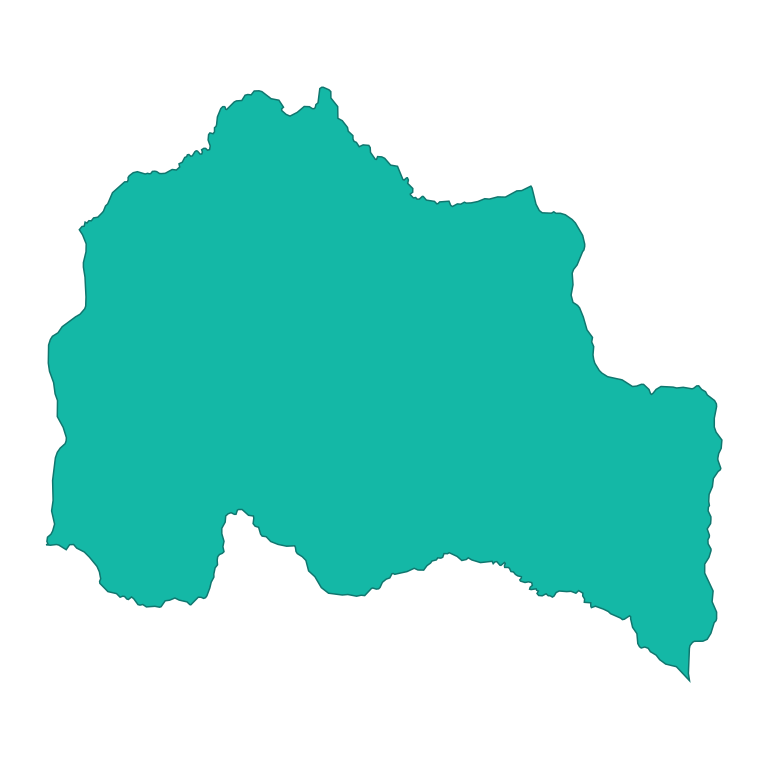 Pácora, Caldas, Colombia (Robinson projection)
{"feature_id": "7082276B78665343411960", "entity_name": "Pácora", "entity_type": "district", "adm_level": 2, "iso_a3": "COL", "parent_name": "Colombia", "parent_adm1": "Caldas", "projection": "robinson", "projection_center": [-75.464, 5.501], "detail": "fine", "context": "isolated", "style": "filled", "palette": "teal", "viewbox_px": 768, "rotation_deg": 0, "n_neighbors": 0, "source": "geoboundaries", "source_scale": "gbopen_adm2", "svg_char_len": 6057}
<svg xmlns="http://www.w3.org/2000/svg" viewBox="0 0 768 768"><path d="M79.3,229.7L82.6,234.9L86.2,243.9L86.0,251.8L83.4,262.6L83.4,267.1L85.0,277.1L86.0,297.0L85.7,306.1L84.7,308.8L80.1,314.2L75.7,316.7L62.2,326.7L58.0,332.8L52.4,336.3L50.4,339.5L48.6,345.0L48.3,363.1L49.5,371.3L53.6,382.6L55.1,393.8L57.5,400.5L57.3,416.6L63.2,427.4L66.4,437.7L66.1,441.0L65.1,443.7L60.2,448.1L57.3,452.3L55.4,457.8L52.6,480.4L53.1,500.4L51.6,510.9L54.6,524.1L52.6,531.1L50.9,534.3L47.5,537.2L46.9,541.4L48.0,544.0L46.1,544.8L50.5,545.2L56.4,544.5L58.7,545.0L66.2,549.7L69.6,544.7L73.6,544.5L76.7,548.1L84.3,552.0L89.4,557.1L97.0,566.4L99.4,571.9L100.2,576.3L100.7,578.8L99.6,581.4L99.9,583.4L107.9,591.6L116.5,593.6L120.1,597.2L122.7,596.2L124.6,596.5L126.8,599.0L128.4,599.5L131.5,597.0L133.7,598.7L138.0,604.6L140.0,605.1L142.8,604.5L146.4,606.9L154.9,606.3L159.6,607.2L161.1,606.7L165.2,600.8L169.6,600.2L174.9,598.0L179.2,600.1L187.0,601.9L189.8,604.6L190.8,604.8L198.3,597.2L201.1,597.3L203.6,598.4L205.5,597.7L206.9,595.8L209.8,588.0L211.2,582.2L213.9,577.1L213.8,574.1L215.1,567.9L217.5,564.8L217.2,560.1L217.7,556.7L219.5,554.5L222.3,553.3L224.0,551.7L222.9,546.7L224.0,541.3L221.8,533.7L221.8,528.3L225.2,522.1L225.7,516.0L228.1,513.8L231.1,512.7L234.3,514.3L236.0,514.3L237.4,510.1L238.6,509.5L242.1,509.5L248.5,515.3L253.4,516.0L253.8,518.2L253.1,523.6L255.1,526.2L258.6,527.3L260.6,534.1L262.1,536.1L266.2,536.7L270.7,541.5L278.0,544.4L286.6,546.2L294.6,545.8L295.4,547.3L296.0,551.5L297.3,553.6L302.3,556.7L305.9,560.4L308.6,570.9L314.9,576.7L321.3,587.6L328.5,593.2L342.3,595.0L347.8,594.5L356.6,596.2L361.2,595.2L364.7,595.6L371.5,588.4L372.8,588.0L376.3,589.1L378.6,588.8L380.0,587.5L382.4,582.3L386.3,579.1L389.8,577.9L392.0,573.7L393.2,573.5L394.7,574.3L407.0,571.6L414.2,568.3L418.0,570.0L423.7,570.1L427.0,565.6L430.5,563.1L432.0,561.0L436.4,559.9L437.7,557.9L440.9,558.1L442.7,557.3L444.0,553.6L447.5,553.7L449.2,552.7L457.1,556.4L461.8,560.5L466.3,559.5L468.3,557.8L471.7,559.9L480.5,562.6L492.1,561.3L493.2,563.7L494.9,561.9L496.8,561.6L499.9,565.2L500.9,565.4L504.5,562.5L505.3,563.5L504.4,565.9L504.7,567.4L508.3,567.5L509.5,568.4L510.9,571.5L513.5,572.0L515.4,574.4L517.8,575.9L521.4,576.7L521.3,578.2L519.8,579.9L520.5,581.1L525.0,582.5L528.5,581.8L531.7,582.6L532.3,585.4L530.2,587.2L529.6,589.2L531.1,589.6L536.1,588.8L536.6,590.2L538.4,591.1L537.0,593.5L538.7,595.5L542.2,595.8L546.1,593.8L548.2,595.7L550.2,595.8L552.4,597.1L554.0,596.1L556.2,592.5L559.2,591.0L566.7,591.6L571.0,591.3L575.9,593.2L578.7,590.6L582.9,593.2L582.7,595.9L584.6,599.0L584.3,602.3L590.7,602.8L590.8,606.2L591.4,607.6L595.4,606.2L603.6,609.2L608.3,611.5L610.6,613.7L620.6,618.1L622.4,619.6L624.4,619.2L629.6,615.8L630.7,616.8L630.6,618.7L632.6,627.4L636.9,633.6L637.8,643.6L639.5,646.7L641.2,648.0L644.8,647.0L648.2,648.3L650.4,651.7L656.1,655.1L659.7,659.7L665.7,664.1L676.4,666.7L689.5,680.7L688.4,673.4L689.4,648.4L690.0,645.5L692.5,642.4L694.3,641.3L702.9,641.2L707.2,639.3L710.9,633.3L714.2,622.6L716.0,620.7L716.6,618.8L716.6,612.1L712.1,601.7L713.1,591.0L704.7,573.1L704.7,564.1L708.9,557.5L711.0,550.7L711.0,549.0L708.1,543.8L707.9,539.8L709.3,537.0L709.4,535.2L707.2,528.9L710.6,523.6L710.9,519.8L710.9,516.8L708.1,510.9L708.4,507.1L709.4,505.6L708.7,501.4L709.1,494.4L712.4,486.7L713.4,478.4L718.1,471.5L720.3,469.8L720.8,468.3L717.9,460.1L717.8,458.2L718.7,453.5L721.2,448.3L721.9,440.0L716.1,432.2L714.3,427.1L714.3,418.2L716.6,406.6L716.4,403.9L714.6,400.6L707.3,395.0L705.5,391.7L701.6,389.4L698.7,385.8L696.7,385.9L693.6,388.3L692.0,388.8L683.2,387.3L676.7,388.0L673.1,387.1L661.0,386.5L656.1,389.4L653.0,393.3L651.4,394.4L650.5,393.5L649.0,389.5L643.6,384.4L641.4,384.3L636.6,386.1L632.5,386.5L622.2,379.9L607.6,376.7L601.9,373.1L599.3,370.5L594.8,363.2L593.7,359.4L593.0,354.9L593.7,346.6L591.7,342.0L592.5,337.4L587.0,329.9L583.3,317.0L579.6,307.9L577.6,305.4L573.0,302.4L571.1,295.1L573.0,284.8L572.2,273.2L573.6,269.4L577.1,265.0L582.6,251.7L583.9,250.0L584.7,246.5L584.7,244.1L582.7,235.5L575.4,223.0L572.1,219.5L565.4,214.8L560.5,213.3L555.9,213.3L553.8,211.8L551.4,213.2L542.2,212.8L539.3,210.5L536.0,204.2L532.0,187.9L530.9,186.1L521.7,190.6L516.8,190.9L505.4,197.1L497.7,196.9L489.3,199.1L484.8,198.7L477.9,201.5L471.1,202.9L466.4,203.1L464.4,202.2L460.7,204.2L457.3,203.9L452.5,206.5L450.8,205.5L449.0,201.2L439.7,201.9L438.0,203.6L436.8,203.8L434.5,201.4L426.4,200.1L423.3,196.5L422.3,196.4L419.3,199.1L417.1,199.2L415.7,197.5L413.4,197.9L410.4,194.8L410.3,194.0L412.7,192.2L412.8,188.5L407.7,183.4L408.4,180.0L407.4,177.8L406.5,177.9L404.1,180.0L402.9,179.5L397.5,166.3L390.6,165.1L384.7,158.3L381.8,156.9L377.6,156.6L376.5,159.4L375.3,159.3L370.5,152.4L370.2,147.6L368.8,145.4L363.1,144.9L359.2,146.7L356.4,142.4L354.1,141.4L353.0,139.2L352.9,135.6L348.2,131.2L347.5,127.4L342.3,120.7L337.9,118.3L337.7,106.6L330.9,98.0L330.8,91.6L329.0,89.8L323.3,87.3L321.7,87.3L319.8,88.6L318.0,102.8L315.9,104.6L315.2,107.7L314.0,108.7L312.3,108.6L309.4,106.7L304.2,106.5L297.2,112.4L290.0,116.1L286.1,114.4L281.8,110.6L281.7,108.8L283.5,107.2L278.9,100.2L271.1,98.7L261.9,91.6L259.0,90.8L254.2,91.0L251.1,94.9L247.8,94.5L245.1,95.2L241.8,100.5L236.4,100.9L234.2,102.0L226.7,109.5L225.6,109.2L225.1,107.1L224.3,106.6L222.7,106.7L220.8,108.6L217.4,116.9L216.6,124.6L216.0,126.5L214.5,127.7L214.5,131.9L213.1,133.7L209.9,132.9L208.6,134.6L208.1,140.0L210.2,145.9L209.6,149.6L207.5,150.2L205.7,148.4L203.9,148.3L201.6,149.7L202.4,152.1L201.7,154.0L200.1,154.1L197.5,151.1L196.2,150.8L194.9,151.7L192.3,155.8L190.8,156.3L188.9,154.5L187.4,154.8L186.6,156.7L184.7,157.5L182.3,162.2L179.0,163.8L179.7,167.0L176.4,170.0L172.2,169.5L165.2,173.3L161.3,173.6L159.5,173.5L156.7,171.6L154.8,171.2L152.4,171.4L150.7,173.6L149.3,173.8L147.6,173.3L145.2,174.0L137.4,171.7L133.2,172.7L129.3,175.7L128.1,177.5L128.1,180.0L127.4,181.7L124.6,181.9L112.5,192.7L107.7,203.9L105.5,206.0L103.4,211.3L102.1,212.8L97.8,217.2L93.6,217.9L91.3,220.8L88.9,220.7L87.0,223.0L85.1,222.1L84.2,226.2L82.0,226.5L79.3,229.7Z" fill="#14b8a6" stroke="#0f766e" stroke-width="1.5"/></svg>